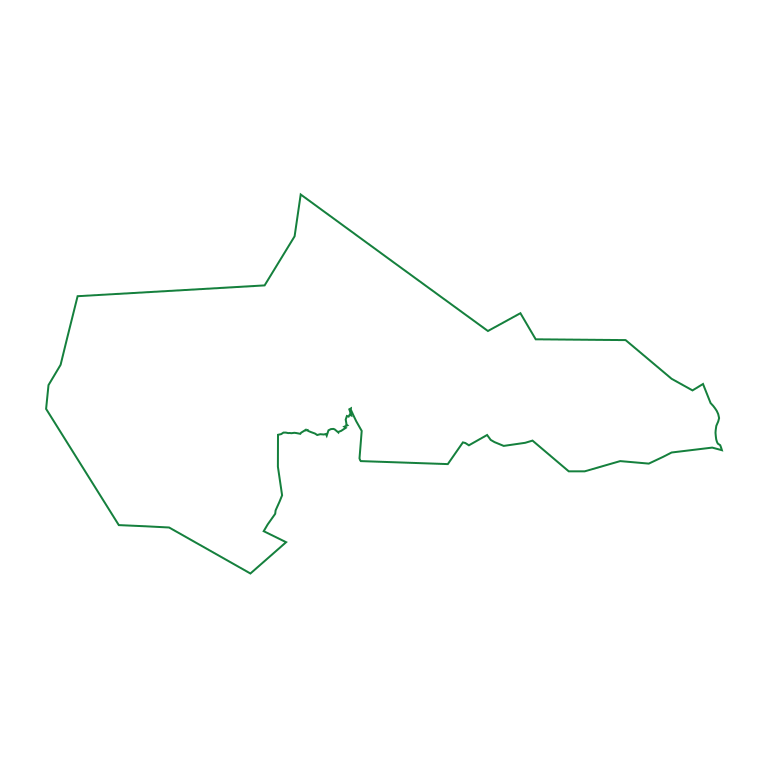 outline of Santo Domingo Roayaga, Oaxaca, Mexico
{"feature_id": "50627088B4336628154898", "entity_name": "Santo Domingo Roayaga", "entity_type": "district", "adm_level": 2, "iso_a3": "MEX", "parent_name": "Mexico", "parent_adm1": "Oaxaca", "projection": "mercator", "projection_center": [-96.053, 17.333], "detail": "fine", "context": "isolated", "style": "outline", "palette": "green", "viewbox_px": 768, "rotation_deg": 0, "n_neighbors": 0, "source": "geoboundaries", "source_scale": "gbopen_adm2", "svg_char_len": 1513}
<svg xmlns="http://www.w3.org/2000/svg" viewBox="0 0 768 768"><path d="M46.1,408.9L118.8,525.1L145.9,526.3L169.1,527.5L250.4,573.5L286.1,542.2L263.7,531.2L267.7,524.4L275.2,513.8L275.6,510.4L279.6,501.5L282.1,495.3L277.9,466.7L278.0,434.8L281.2,434.1L283.4,432.6L285.9,432.6L288.2,433.1L289.7,433.0L291.5,433.2L294.3,432.8L296.0,433.0L300.3,433.8L301.1,432.7L302.9,431.6L305.6,429.9L305.7,430.4L307.7,430.0L308.1,430.9L311.0,432.1L314.9,433.5L317.2,435.0L320.3,434.2L323.8,434.5L325.9,434.0L326.7,435.7L328.5,430.3L330.9,429.1L333.4,428.9L334.7,429.4L338.4,432.5L338.6,431.8L341.1,430.9L345.8,427.8L344.3,426.7L347.4,425.3L346.3,424.4L346.4,423.5L345.7,419.6L346.9,416.0L348.6,416.6L349.7,414.7L351.1,415.4L350.0,411.4L349.3,409.3L350.9,408.4L350.8,409.6L353.0,414.5L356.2,421.2L361.7,430.9L359.5,458.4L360.1,460.1L360.8,461.1L447.8,464.1L462.9,442.4L465.3,443.0L468.9,445.3L487.1,435.0L490.7,439.9L494.5,442.1L503.7,445.9L525.2,442.8L532.5,440.6L568.7,471.3L579.1,471.3L584.8,471.3L620.2,461.1L648.8,463.6L663.2,456.8L671.6,452.5L712.2,447.6L721.9,450.2L721.1,447.6L720.2,445.2L718.7,444.2L717.8,443.6L716.9,441.7L716.2,439.3L715.8,436.2L715.5,432.8L715.7,430.1L716.3,425.9L717.1,424.0L718.2,421.5L719.1,418.1L718.2,414.1L716.8,411.0L715.1,408.4L713.2,405.9L710.6,403.1L703.0,384.0L692.5,390.4L671.6,378.8L625.6,340.1L535.7,339.3L520.4,313.2L487.9,331.0L394.1,262.7L300.7,194.5L294.6,236.3L264.6,285.4L77.6,296.2L66.7,339.9L60.6,364.8L48.5,385.1L46.1,408.9Z" fill="none" stroke="#15803d" stroke-width="2"/></svg>